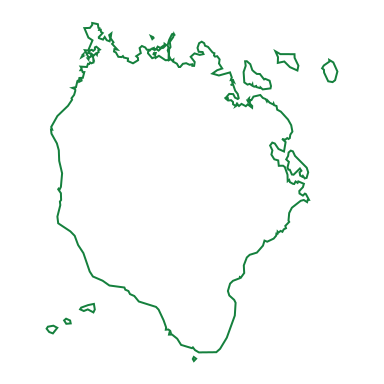 Marinduque, Marinduque, Philippines
{"feature_id": "2640588B36383122170471", "entity_name": "Marinduque", "entity_type": "district", "adm_level": 2, "iso_a3": "PHL", "parent_name": "Philippines", "parent_adm1": "Marinduque", "projection": "natural_earth1", "projection_center": [122.005, 13.38], "detail": "fine", "context": "isolated", "style": "outline", "palette": "green", "viewbox_px": 384, "rotation_deg": 0, "n_neighbors": 0, "source": "geoboundaries", "source_scale": "gbopen_adm2", "svg_char_len": 5723}
<svg xmlns="http://www.w3.org/2000/svg" viewBox="0 0 384 384"><path d="M97.9,24.2L92.2,23.0L92.2,25.0L89.9,27.9L84.4,28.1L88.4,37.6L92.5,40.3L88.2,50.5L84.8,50.2L87.9,56.3L89.5,57.4L90.9,56.6L91.3,53.9L88.1,52.9L90.3,50.3L91.8,49.8L93.2,50.9L94.9,49.5L94.9,47.4L96.3,46.7L99.8,49.6L98.3,50.3L98.6,52.2L97.2,53.0L96.9,54.7L96.0,53.4L93.7,55.6L92.2,54.4L94.2,61.7L93.4,60.7L93.5,62.5L91.3,63.3L90.1,62.4L89.2,64.0L88.0,63.8L86.9,67.0L80.6,66.6L81.6,68.3L80.5,70.2L82.0,70.2L82.7,72.2L84.3,72.1L82.8,77.8L78.6,78.0L81.4,79.3L81.6,80.6L79.2,81.8L79.0,79.9L77.4,81.0L76.0,87.1L72.3,87.9L75.2,89.2L75.3,90.8L74.1,94.9L71.5,98.3L72.1,99.7L68.0,105.8L57.4,116.0L51.2,127.0L52.2,129.7L51.0,129.6L51.5,133.7L56.9,143.4L58.8,150.3L59.2,160.9L62.1,173.3L60.9,186.9L59.5,189.7L58.6,188.7L58.2,189.3L60.9,193.2L61.1,200.0L59.9,201.6L60.3,205.1L57.4,216.6L58.2,223.3L70.4,231.4L74.7,235.8L78.1,245.0L83.4,253.1L89.7,271.5L92.9,276.5L102.6,280.7L109.4,285.5L124.4,287.5L125.3,289.7L128.4,291.0L130.0,294.1L134.3,296.0L138.8,301.5L156.0,306.9L158.6,309.6L163.6,320.3L166.1,327.4L165.8,329.7L168.3,329.5L170.2,330.8L170.7,332.5L169.5,332.4L169.0,334.6L172.1,334.6L177.2,338.7L181.1,344.9L192.0,348.2L192.9,347.4L195.0,350.1L198.9,352.4L216.3,352.2L220.1,348.8L226.8,337.7L234.8,315.6L235.6,302.8L234.2,299.9L229.3,295.5L227.9,291.0L230.1,283.6L233.0,280.8L239.8,278.2L239.9,277.1L240.9,277.6L244.2,273.0L243.8,265.4L246.8,257.5L249.7,254.8L256.9,252.6L263.0,245.6L264.5,240.6L267.2,241.7L273.7,238.6L276.2,235.6L276.4,233.6L277.4,233.8L277.6,231.7L278.4,232.6L280.7,230.9L282.4,231.8L283.7,229.4L286.0,228.2L285.3,225.9L289.2,221.9L288.5,220.6L289.2,213.0L291.9,207.7L300.7,200.8L303.8,200.0L307.1,202.1L307.7,200.0L309.0,199.9L305.9,194.1L304.9,193.6L302.9,195.6L299.5,193.5L299.3,191.0L302.9,187.2L303.9,183.8L298.3,181.4L297.6,182.9L295.6,181.5L294.2,184.0L292.9,183.8L289.9,182.1L289.2,179.9L287.7,181.1L287.5,174.7L284.8,167.0L283.0,165.7L278.8,165.8L278.2,160.4L274.3,159.3L271.4,154.6L272.4,150.4L270.1,145.5L272.3,142.6L274.8,143.5L278.5,149.0L284.0,151.5L285.6,142.1L282.1,138.9L285.2,139.7L287.2,138.1L288.5,139.0L289.8,138.1L290.3,134.7L292.4,131.6L291.2,125.2L288.0,119.5L280.8,111.6L277.2,109.7L276.5,106.0L274.1,105.2L273.6,103.7L273.3,104.5L269.7,102.7L267.4,100.3L266.9,101.4L265.7,99.1L262.8,97.9L260.3,95.0L253.5,96.6L251.4,100.1L250.0,99.9L249.8,103.5L252.2,106.0L252.1,107.7L247.7,104.4L245.8,106.2L241.5,103.9L239.0,106.0L237.8,104.7L235.7,106.1L237.5,102.5L235.7,105.9L233.1,104.3L233.0,102.0L231.1,100.2L228.1,100.5L225.5,98.4L225.5,97.9L227.8,97.4L226.3,97.2L229.2,93.9L233.2,94.1L235.0,97.6L237.8,99.0L238.7,98.2L237.7,93.9L235.2,90.7L233.1,84.6L230.6,85.0L232.8,84.0L231.8,80.5L233.8,81.9L233.1,80.3L233.8,79.9L230.8,80.1L231.8,77.5L230.0,72.4L218.9,75.5L212.4,73.6L217.2,70.2L222.2,68.5L219.0,63.5L219.6,59.4L217.2,56.2L215.0,56.6L214.0,55.5L214.4,53.2L212.6,52.5L208.0,46.9L205.0,45.7L204.2,43.2L201.7,41.7L199.1,43.2L197.5,47.9L198.7,51.8L202.6,52.0L203.5,54.1L199.7,54.9L194.5,53.4L190.7,56.8L194.7,62.0L194.1,65.9L192.3,65.9L192.1,64.3L189.6,64.8L186.2,63.2L182.9,63.8L180.2,67.0L178.8,67.0L176.9,63.7L173.1,61.6L173.3,59.7L172.2,60.6L170.8,59.2L169.5,59.9L169.8,58.6L170.5,59.1L169.0,55.9L169.1,49.2L170.5,47.1L169.8,42.0L173.2,37.1L173.9,34.3L174.5,35.8L174.4,34.6L173.5,33.6L172.0,34.2L169.2,39.8L167.6,45.3L168.5,47.9L167.7,50.4L168.7,53.1L168.6,60.1L165.5,60.2L158.9,55.8L155.7,57.9L155.5,57.0L152.2,58.2L148.0,53.3L148.1,51.7L150.1,49.8L146.8,49.7L145.3,47.5L141.9,46.0L139.6,48.1L140.8,53.1L136.2,56.2L137.9,57.8L138.1,60.2L133.0,63.3L127.8,61.0L128.0,58.5L123.9,57.6L122.9,56.1L121.7,57.1L118.3,56.8L115.9,52.5L114.0,51.5L114.4,49.1L117.4,49.6L112.1,43.9L113.5,42.3L110.6,38.2L111.3,33.4L109.2,35.1L110.3,38.7L109.6,41.3L106.7,40.2L104.7,37.0L103.0,39.6L98.9,38.1L98.8,37.1L102.7,33.0L100.9,31.8L100.8,29.8L99.1,29.9L99.6,28.3L98.4,27.8L97.9,24.2ZM246.8,61.2L245.1,61.3L245.7,65.8L243.6,72.0L244.3,82.4L247.5,84.6L249.7,83.9L251.9,85.4L252.4,84.4L252.6,85.9L254.3,86.7L256.1,86.0L256.3,87.0L260.3,88.2L260.2,89.0L260.5,87.4L262.7,89.4L270.5,88.4L271.0,86.1L269.6,80.7L265.1,78.8L264.1,79.4L259.9,74.0L256.8,73.9L254.1,71.8L252.3,70.1L250.3,64.2L246.8,61.2ZM290.8,150.6L288.6,152.5L288.1,156.0L286.2,159.4L288.9,161.9L287.5,167.4L288.4,169.7L289.8,169.8L291.9,174.5L293.6,174.7L299.9,168.5L301.4,170.8L299.6,172.4L300.2,175.6L302.4,176.8L302.9,175.9L304.7,178.4L306.6,177.9L308.2,172.3L306.7,167.7L295.0,155.9L292.9,151.4L290.8,150.6ZM275.4,51.3L278.0,57.1L277.8,62.9L284.3,61.5L289.9,67.1L297.4,70.5L298.4,65.7L294.6,57.8L294.5,54.2L280.3,54.1L275.4,51.3ZM329.2,59.9L329.4,61.6L323.8,65.5L322.1,68.3L323.9,69.7L324.1,72.6L328.2,81.3L332.6,82.1L335.1,80.2L337.4,71.5L333.3,62.4L329.2,59.9ZM94.8,309.5L93.9,303.9L88.1,305.1L81.2,307.6L80.1,309.3L83.8,311.0L87.8,309.4L93.4,312.4L94.8,309.5ZM53.4,325.7L47.9,326.7L46.6,328.7L49.2,332.0L52.9,333.4L57.3,327.8L53.4,325.7ZM66.1,318.7L64.1,320.4L66.3,323.8L70.7,323.4L70.1,320.5L66.1,318.7ZM164.6,43.8L164.6,44.9L160.3,47.9L157.7,46.6L156.3,49.1L158.6,50.6L161.1,48.2L163.3,47.8L166.2,45.0L164.6,43.8ZM193.8,357.0L192.8,359.0L193.9,361.0L196.1,358.7L193.8,357.0ZM150.9,36.1L152.3,39.1L153.6,37.9L153.2,37.2L150.9,36.1ZM248.7,100.1L247.4,100.3L248.9,103.1L248.7,100.1ZM155.7,53.0L153.9,53.1L153.5,54.2L155.1,55.1L155.7,53.0ZM228.5,97.7L226.4,98.0L225.9,98.2L228.1,99.8L227.3,98.6L228.5,97.7ZM88.5,59.5L88.8,58.2L87.6,58.3L88.5,59.5ZM153.6,48.0L152.2,48.5L152.2,48.9L153.3,49.4L153.6,48.0ZM155.7,49.3L154.8,48.8L155.0,49.9L155.7,49.3ZM83.5,54.0L82.8,54.7L83.3,54.9L83.5,54.0ZM248.7,99.7L248.9,98.5L248.5,98.9L248.7,99.7ZM151.1,49.2L150.7,48.5L150.8,49.5L151.1,49.2ZM82.6,56.5L81.8,56.5L81.5,57.2L82.6,56.5Z" fill="none" stroke="#15803d" stroke-width="2"/></svg>